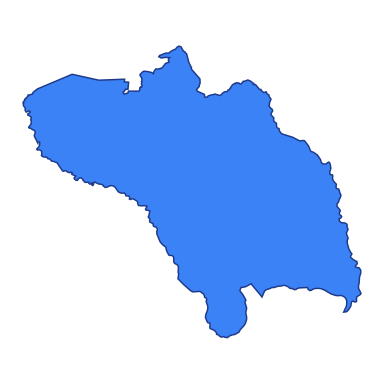 outline of Tonatico, México, Mexico
{"feature_id": "50627088B30233935700687", "entity_name": "Tonatico", "entity_type": "district", "adm_level": 2, "iso_a3": "MEX", "parent_name": "Mexico", "parent_adm1": "México", "projection": "mercator", "projection_center": [-99.634, 18.777], "detail": "fine", "context": "isolated", "style": "filled", "palette": "blue", "viewbox_px": 384, "rotation_deg": 0, "n_neighbors": 0, "source": "geoboundaries", "source_scale": "gbopen_adm2", "svg_char_len": 5899}
<svg xmlns="http://www.w3.org/2000/svg" viewBox="0 0 384 384"><path d="M57.0,162.7L62.5,170.9L63.8,171.3L64.5,170.7L66.5,170.9L67.2,171.9L69.4,172.7L70.2,172.3L71.3,172.3L72.4,173.0L71.6,174.0L72.2,174.5L75.8,176.1L74.1,178.1L74.5,179.0L75.8,180.2L77.3,180.4L78.1,179.5L78.4,178.4L79.7,178.0L81.5,178.0L82.9,179.5L83.1,180.5L84.0,180.9L84.4,181.9L85.4,182.4L88.6,182.2L88.7,183.1L90.0,184.2L90.7,184.0L91.4,182.9L92.3,183.1L92.4,183.7L92.0,185.1L92.7,185.5L93.3,185.0L94.2,182.0L94.9,182.1L98.4,183.9L101.9,184.4L103.3,185.4L103.3,186.0L105.3,187.5L107.7,186.9L109.8,185.8L111.3,185.6L113.2,186.0L114.4,186.6L115.5,187.7L118.2,191.7L119.7,192.6L121.4,193.1L124.3,193.1L125.1,193.6L126.0,195.9L128.1,195.9L129.1,196.3L129.7,197.4L129.4,199.1L130.5,199.5L131.9,198.8L133.6,199.0L136.7,200.9L137.5,201.8L138.0,204.5L138.6,205.5L140.7,205.8L144.6,205.7L146.5,206.0L147.0,206.4L145.5,209.2L146.2,210.3L147.8,210.2L149.8,211.0L148.9,215.6L148.3,216.7L148.6,217.7L149.9,218.9L149.9,219.8L149.5,221.0L149.8,222.0L153.2,223.8L153.2,225.6L153.9,226.5L156.3,227.2L157.1,228.6L157.4,230.0L156.7,231.6L157.0,234.3L160.1,241.8L162.4,244.5L164.7,246.4L165.7,246.8L166.6,250.8L168.7,254.9L169.3,255.4L171.1,255.4L172.4,255.8L173.4,256.5L173.7,258.2L173.8,261.9L174.2,262.8L174.7,263.4L177.4,264.9L178.3,266.4L178.4,269.0L178.1,272.4L178.7,274.0L178.0,278.8L183.3,284.2L190.8,290.9L193.1,291.9L199.5,291.4L200.9,292.0L203.4,293.9L204.4,295.7L204.6,297.3L206.1,298.0L206.8,299.4L206.1,301.5L207.7,306.0L207.8,308.4L207.2,311.2L206.0,314.0L205.4,317.2L207.0,321.5L208.0,322.8L209.8,323.1L210.1,325.2L209.8,327.6L210.2,328.5L214.6,330.5L216.6,333.0L216.6,334.4L218.2,334.7L220.0,336.5L221.5,337.1L223.5,336.6L224.5,337.1L227.2,337.7L230.0,335.7L232.6,334.8L234.8,334.5L239.0,332.1L240.3,329.7L244.1,325.5L245.4,323.3L246.6,319.7L246.6,316.6L246.0,314.4L245.8,311.8L246.4,309.8L246.6,307.8L244.9,302.1L245.9,300.2L243.2,295.1L239.8,290.6L241.1,287.5L245.4,286.8L251.1,283.8L262.0,297.0L264.4,291.4L266.1,289.7L269.6,288.7L271.9,287.5L273.6,287.6L278.3,286.2L281.5,286.0L282.9,285.4L284.7,285.4L286.5,286.0L288.9,287.2L289.5,288.1L291.3,288.6L292.2,288.4L294.2,289.6L295.8,289.6L296.7,288.8L299.1,287.9L307.4,287.5L308.1,289.3L309.6,290.5L311.5,290.2L313.1,289.0L315.9,288.4L319.4,288.4L321.5,288.8L324.9,290.3L331.0,293.9L335.4,295.4L337.7,295.7L341.3,295.4L344.0,296.7L345.5,298.0L346.7,300.6L346.7,304.2L346.4,306.1L343.7,312.1L346.1,311.8L347.3,311.2L348.8,309.4L350.8,306.1L351.4,302.4L351.8,301.6L352.8,301.1L354.9,302.0L356.3,301.7L356.7,300.8L356.4,299.6L356.8,296.8L360.4,294.5L360.8,293.8L361.0,293.3L358.7,288.8L358.4,286.3L359.1,283.0L359.6,276.5L360.5,274.1L360.8,272.1L360.7,270.2L359.3,268.0L358.4,267.6L356.5,267.5L355.3,266.6L355.3,266.1L356.9,264.3L357.3,263.3L356.7,261.3L355.9,261.2L352.9,259.3L350.6,257.3L350.5,256.4L351.9,253.9L350.3,251.8L348.8,248.8L347.3,243.5L347.2,240.6L348.1,238.1L346.8,234.8L346.4,232.9L348.0,229.5L347.0,226.3L347.1,224.7L346.8,224.1L345.6,223.3L344.9,223.0L341.4,222.7L339.2,221.0L339.4,219.4L339.0,218.9L341.0,217.8L341.7,216.6L341.0,215.6L339.6,214.5L339.2,213.3L340.3,210.8L339.8,209.7L337.1,206.5L336.9,204.4L337.6,203.1L338.5,202.1L339.2,199.6L340.5,197.1L340.9,195.0L339.8,192.7L338.9,189.2L336.6,188.5L336.1,188.1L336.1,186.0L336.4,184.3L333.7,181.4L332.7,179.3L332.5,177.9L332.8,176.5L332.7,175.3L332.2,174.8L330.2,174.5L329.7,172.2L330.8,168.6L330.4,164.9L329.5,162.5L328.5,162.1L325.8,164.0L324.1,164.1L322.8,163.8L321.9,163.1L321.1,162.0L320.5,159.6L317.4,155.0L313.3,152.2L311.4,151.6L310.5,150.8L308.6,146.1L304.6,140.8L303.5,140.5L299.6,140.9L292.8,137.3L282.3,134.0L281.2,133.3L279.5,131.1L279.0,128.6L277.3,127.9L276.7,127.1L276.4,124.7L276.6,123.7L276.1,123.0L274.0,121.4L273.6,120.2L273.8,117.9L270.8,114.6L272.0,111.9L272.6,111.2L272.6,110.4L272.0,109.1L270.4,107.9L269.1,106.0L269.7,102.2L271.0,99.2L269.1,96.4L268.9,94.9L267.2,94.0L266.1,91.8L263.8,92.6L262.0,91.2L260.8,89.4L259.7,89.6L255.6,84.7L254.3,84.7L253.8,83.5L253.2,84.1L252.3,82.5L250.3,81.0L247.8,80.0L245.1,81.1L243.2,81.3L242.4,82.5L240.7,84.1L240.0,84.1L239.1,83.1L236.9,82.8L236.4,82.7L235.4,83.7L235.1,83.3L234.6,83.4L232.4,85.0L230.4,87.8L230.4,88.4L229.9,88.6L229.7,89.4L228.0,90.1L227.5,91.4L224.9,91.8L223.7,92.3L221.5,94.2L221.0,95.0L220.0,95.5L214.8,94.0L213.2,94.7L210.5,95.1L208.0,96.0L207.2,97.0L205.0,97.3L204.3,94.3L197.3,91.2L196.6,89.5L199.2,86.5L199.2,85.4L200.1,83.2L199.9,78.9L191.4,69.1L191.4,67.0L190.8,66.7L188.8,62.2L186.6,53.8L185.2,52.6L184.8,51.7L183.5,51.2L181.6,48.1L181.4,47.1L179.8,46.3L178.4,46.3L177.0,47.3L175.4,49.3L173.9,49.7L170.3,51.7L168.7,53.2L165.8,53.1L159.6,55.5L158.8,56.7L161.2,58.0L165.2,57.4L169.3,57.6L168.8,57.9L168.3,60.2L169.1,62.1L165.4,63.5L163.7,65.9L161.3,68.6L160.6,68.3L158.1,69.1L155.8,68.9L154.1,71.2L153.4,73.7L151.6,72.5L147.8,71.6L144.0,71.2L142.9,71.7L140.0,74.5L140.1,75.6L141.7,77.9L141.9,81.3L141.5,81.7L141.7,82.1L141.4,84.3L142.0,85.4L142.0,86.4L141.6,87.2L140.8,86.8L140.2,87.3L139.7,88.0L139.7,90.0L138.7,91.2L128.4,91.1L128.1,92.6L127.8,93.0L124.4,94.1L123.7,93.7L123.1,92.2L123.9,91.8L125.6,89.3L128.0,89.2L128.6,82.2L124.3,81.9L124.6,79.2L98.9,80.2L72.1,74.3L37.3,89.0L33.1,92.4L32.4,94.1L28.0,95.2L28.4,95.8L26.1,98.0L26.2,98.4L24.9,99.0L24.6,99.6L24.6,100.9L24.1,101.0L23.3,101.9L23.5,102.3L23.0,103.0L23.6,103.5L23.3,104.7L23.5,105.7L25.2,108.1L25.1,110.3L26.2,112.1L28.7,110.9L29.9,111.3L30.1,112.1L29.7,112.8L28.9,113.1L27.7,114.1L27.8,114.8L28.0,115.3L29.9,115.9L31.4,117.7L30.6,119.8L31.3,120.8L31.3,121.5L30.9,124.4L28.7,127.1L28.7,127.6L29.5,128.2L30.6,128.2L32.1,129.4L34.6,130.6L35.3,132.5L34.2,135.8L37.7,142.9L37.9,141.9L39.3,142.0L39.8,142.7L39.4,144.2L39.6,145.1L38.9,146.7L37.0,148.7L36.8,149.4L37.4,150.0L39.9,149.9L41.6,151.2L41.8,154.8L41.4,155.3L42.0,156.1L42.8,156.7L47.1,157.5L48.0,158.8L49.8,159.0L51.5,161.1L52.9,161.2L57.0,162.7Z" fill="#3b82f6" stroke="#1e3a8a" stroke-width="1.5"/></svg>